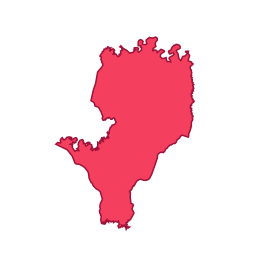 outline of Na Wa, Nakhon Phanom, Thailand, rotated 207°
{"feature_id": "78962969B93773491047037", "entity_name": "Na Wa", "entity_type": "district", "adm_level": 2, "iso_a3": "THA", "parent_name": "Thailand", "parent_adm1": "Nakhon Phanom", "projection": "robinson", "projection_center": [104.093, 17.513], "detail": "fine", "context": "isolated", "style": "filled", "palette": "rose", "viewbox_px": 256, "rotation_deg": 207, "n_neighbors": 0, "source": "geoboundaries", "source_scale": "gbopen_adm2", "svg_char_len": 5821}
<svg xmlns="http://www.w3.org/2000/svg" viewBox="0 0 256 256"><g transform="rotate(207 128 128)"><path d="M74.0,163.9L74.5,165.6L75.5,166.3L75.2,167.7L75.5,168.1L77.1,168.6L77.1,169.5L77.9,169.7L77.7,169.9L78.3,170.9L79.6,171.5L79.2,172.6L80.1,172.9L80.0,173.5L81.4,174.0L81.6,174.5L81.2,174.6L81.9,174.9L82.0,176.0L82.3,175.9L82.6,176.7L81.7,177.1L82.3,178.8L81.2,181.1L81.8,181.3L81.5,181.9L82.3,181.8L83.0,183.0L83.7,182.8L84.1,183.7L85.1,184.2L85.8,185.0L85.4,185.7L87.0,186.4L87.3,187.4L86.4,188.3L87.5,189.4L86.9,190.1L87.6,190.2L88.0,191.0L87.1,191.5L87.7,192.3L87.3,192.5L87.4,193.2L88.6,194.1L88.8,195.0L89.6,195.1L90.0,195.8L89.4,196.5L90.3,196.7L90.7,198.0L91.7,197.8L92.5,200.1L92.9,200.0L93.0,200.6L93.8,200.9L93.7,202.0L95.6,202.7L95.2,203.8L96.3,205.5L96.4,206.5L97.4,207.2L97.8,208.4L99.1,208.7L100.3,210.5L100.4,211.2L99.1,214.1L99.2,214.7L100.3,214.6L101.3,215.7L104.7,215.2L105.4,216.9L105.9,220.4L108.3,221.8L109.0,223.9L111.5,222.5L111.3,221.9L109.6,222.0L109.1,221.1L109.7,218.3L111.8,216.5L111.3,212.3L111.6,211.9L114.2,213.0L117.3,217.0L120.0,218.5L119.9,219.6L117.8,222.6L118.4,224.2L119.9,225.0L121.6,224.9L123.0,224.4L123.8,222.7L124.4,222.8L125.4,220.0L125.2,216.8L126.6,215.3L126.5,214.3L124.6,212.8L123.4,213.7L122.2,215.7L120.5,214.8L120.9,213.1L123.0,209.9L123.1,208.9L122.8,208.3L121.2,207.9L119.9,206.2L121.7,206.0L123.0,204.9L124.9,206.3L126.0,208.0L128.5,205.6L130.0,205.6L131.6,206.2L132.3,208.0L132.2,209.2L130.2,212.5L130.4,213.0L131.2,213.3L134.3,213.1L136.2,208.6L136.9,209.6L138.3,210.0L140.0,209.5L140.5,208.3L141.2,208.2L141.6,209.0L141.6,210.3L140.2,213.3L142.1,215.5L142.3,217.7L141.8,219.6L142.6,221.1L144.5,221.6L147.1,219.2L150.0,218.4L151.7,214.8L151.0,213.1L149.3,211.6L150.4,210.1L152.8,209.3L153.7,210.0L153.8,212.0L156.0,212.6L157.2,212.3L158.0,210.7L158.0,209.3L156.3,205.9L154.1,207.1L153.5,206.9L153.4,205.8L152.4,205.8L151.4,203.3L152.5,200.9L153.4,200.3L154.2,200.9L154.9,203.8L156.7,203.6L158.7,202.4L158.8,201.9L158.2,201.4L156.7,201.2L158.2,200.0L157.3,199.5L157.9,197.7L160.5,195.5L164.4,196.6L168.4,196.8L171.7,198.0L172.1,196.6L169.8,196.7L169.4,195.5L168.2,194.9L169.6,193.2L168.0,190.7L169.2,189.9L169.2,189.2L168.2,188.9L169.4,186.9L172.2,188.3L174.7,187.0L174.9,188.8L174.2,188.9L175.7,189.9L175.8,190.5L175.4,190.2L175.2,191.1L176.1,191.6L177.1,191.8L176.9,191.4L178.2,190.8L178.9,188.5L179.5,188.7L179.2,189.9L179.8,190.4L179.8,191.4L180.6,190.6L181.5,191.2L182.8,191.2L182.3,189.0L182.7,189.5L183.7,189.3L183.4,188.5L185.1,187.5L184.7,185.2L185.5,184.6L185.2,182.9L185.8,180.0L185.4,179.1L183.9,179.2L183.1,176.4L182.3,176.3L181.6,175.5L181.4,174.7L179.7,173.8L179.0,172.7L179.0,170.3L180.5,164.1L177.2,153.4L176.1,146.0L173.4,135.5L170.0,135.3L168.3,134.0L168.0,133.1L167.3,132.6L164.0,133.1L162.8,132.5L159.5,130.3L155.5,126.6L155.4,124.8L153.9,123.6L152.8,124.1L152.6,125.0L151.9,125.9L151.7,125.6L151.4,127.2L150.4,128.1L150.2,127.9L149.9,128.7L149.3,128.9L147.2,128.0L146.2,128.6L145.6,130.4L144.5,130.7L143.2,129.1L141.2,127.8L141.4,125.3L143.5,123.2L143.4,121.8L144.0,120.2L143.2,115.9L142.4,114.6L143.1,114.2L144.3,115.0L144.4,114.3L142.6,113.2L142.4,111.9L140.8,110.8L140.7,110.1L141.3,109.9L142.6,110.5L142.7,108.8L143.2,108.1L145.2,108.8L145.3,108.0L144.5,107.1L144.7,106.5L146.7,107.6L147.0,107.4L146.9,106.6L145.8,106.4L143.8,104.7L144.8,104.3L145.9,105.1L146.8,105.0L147.1,103.2L145.8,102.6L145.7,101.7L148.5,101.6L146.7,98.0L147.2,95.7L146.7,95.3L145.6,96.8L144.7,96.5L144.4,95.9L146.8,93.4L147.3,93.7L147.1,94.7L147.9,94.9L148.9,93.5L149.1,91.7L149.6,91.9L149.8,93.4L150.3,93.2L150.8,91.9L151.4,91.9L151.6,92.7L150.9,94.8L152.0,95.2L152.7,96.5L154.8,96.6L155.2,97.5L156.2,97.4L155.9,95.8L156.7,95.9L157.3,96.8L157.9,96.1L156.1,94.9L157.3,92.8L158.3,93.5L158.6,94.8L160.6,93.8L160.9,95.3L161.9,95.3L162.3,96.7L163.3,97.0L165.1,95.3L165.4,92.5L164.8,90.4L163.4,89.0L163.4,87.6L164.2,86.4L161.8,86.0L161.5,85.5L163.8,84.7L164.7,83.1L168.4,85.1L170.0,87.6L172.0,87.3L171.6,87.9L169.9,88.4L170.9,90.2L170.7,90.7L170.1,90.9L169.0,90.2L168.0,91.6L168.6,93.0L167.9,93.6L167.9,94.6L169.1,95.6L169.9,95.7L170.7,95.2L172.7,91.7L175.5,91.8L175.4,92.3L173.4,93.1L173.9,93.9L174.8,93.8L176.7,93.2L178.4,91.7L178.5,90.1L179.8,88.2L182.2,89.6L182.7,88.3L182.8,86.4L181.3,84.7L181.2,84.1L184.1,83.1L184.9,80.8L172.3,81.0L165.0,77.7L159.3,72.7L157.8,72.4L155.0,73.6L150.6,73.5L148.2,72.9L144.1,71.0L142.5,69.5L139.7,65.4L136.0,62.6L134.9,62.6L132.7,60.7L128.8,59.4L126.0,59.3L123.8,58.6L119.0,53.6L118.4,52.0L118.3,47.8L117.2,44.8L115.9,43.4L115.8,41.1L114.3,39.2L113.5,39.0L112.7,37.7L111.7,37.1L110.5,33.6L108.2,31.0L107.8,31.2L107.5,33.0L106.3,32.5L106.3,31.4L105.5,31.7L105.8,33.5L104.8,32.8L104.8,34.4L105.7,34.7L105.4,36.5L104.7,35.6L104.4,36.6L103.9,36.7L103.4,35.4L102.4,35.2L103.0,36.6L101.3,36.9L100.5,36.6L98.8,38.3L98.0,37.2L96.9,39.2L94.9,39.2L94.4,40.7L92.1,38.3L92.5,36.2L90.8,34.9L90.3,35.9L89.8,35.8L89.1,37.8L88.6,38.0L88.1,37.4L87.7,38.1L89.2,38.7L87.9,38.9L87.0,39.8L86.6,38.8L85.2,38.7L83.6,36.9L83.4,39.1L82.3,39.1L81.7,40.4L84.6,39.5L85.7,40.9L84.7,41.4L86.7,42.6L86.6,43.0L86.1,42.8L86.1,43.5L85.6,43.8L85.9,46.0L85.1,45.8L84.2,47.6L84.0,54.5L84.6,55.5L87.6,57.6L88.3,61.8L89.2,62.4L91.2,62.2L94.9,67.8L96.2,71.0L96.9,71.7L97.5,71.7L97.5,72.2L97.9,72.4L97.1,73.5L96.9,75.9L97.2,77.8L96.8,78.3L96.9,79.5L96.4,79.6L96.6,79.9L96.2,80.4L96.3,82.7L95.8,85.7L95.0,86.3L94.8,87.2L93.0,88.2L90.3,88.6L88.1,89.6L86.6,91.2L85.9,92.9L85.9,97.5L87.2,107.6L88.4,115.3L89.5,117.2L89.3,118.5L88.4,120.7L86.3,122.1L85.4,122.1L85.5,122.8L84.7,123.4L84.9,126.1L83.8,128.3L83.9,129.1L82.7,132.2L81.7,132.6L80.6,134.8L79.1,135.5L78.6,137.4L78.9,139.6L77.5,142.4L77.5,144.4L76.6,146.2L70.2,147.2L70.2,148.5L71.1,149.8L71.7,155.2L72.1,156.8L72.5,157.0L72.2,157.9L74.3,162.4L74.0,163.9Z" fill="#f43f5e" stroke="#9f1239" stroke-width="1.5"/></g></svg>